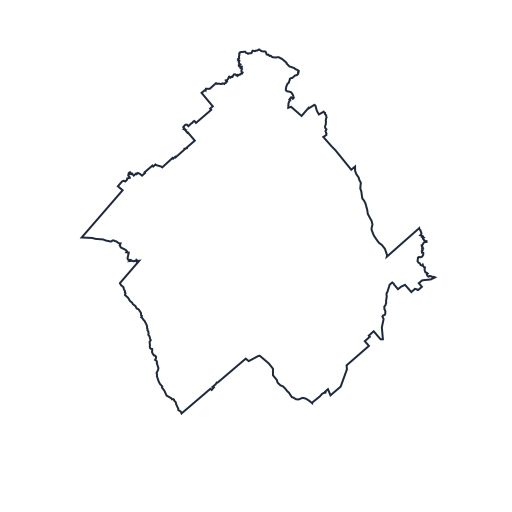 Ararat, Victoria, Australia, rotated 311°
{"feature_id": "25037944B36221284354416", "entity_name": "Ararat", "entity_type": "district", "adm_level": 2, "iso_a3": "AUS", "parent_name": "Australia", "parent_adm1": "Victoria", "projection": "robinson", "projection_center": [143.025, -37.489], "detail": "fine", "context": "isolated", "style": "outline", "palette": "slate", "viewbox_px": 512, "rotation_deg": 311, "n_neighbors": 0, "source": "geoboundaries", "source_scale": "gbopen_adm2", "svg_char_len": 6149}
<svg xmlns="http://www.w3.org/2000/svg" viewBox="0 0 512 512"><g transform="rotate(311 256 256)"><path d="M360.1,112.4L351.8,111.4L349.4,108.5L348.0,109.3L348.1,108.7L343.4,107.9L340.6,125.2L337.1,124.7L336.9,126.3L317.1,123.4L317.5,120.9L316.1,120.4L314.7,120.6L313.7,120.2L309.6,119.8L309.9,117.8L308.8,116.6L305.6,116.5L305.3,118.3L304.3,118.2L304.8,119.9L304.6,119.8L304.0,123.5L304.5,123.6L302.9,134.1L292.4,132.6L292.0,133.1L290.5,132.0L290.5,132.3L277.7,130.6L277.9,130.0L275.1,129.6L275.3,128.7L261.4,127.1L261.3,125.7L259.0,120.8L259.1,120.1L256.1,119.7L256.3,118.5L246.0,117.0L245.8,117.8L241.9,117.3L241.8,114.6L241.2,112.4L239.5,112.2L239.6,111.4L236.5,111.0L236.9,108.4L236.2,108.3L236.6,106.0L235.8,105.7L235.2,105.6L234.7,106.7L234.1,106.1L232.9,106.8L232.5,109.1L232.2,109.5L230.0,107.9L228.6,108.7L226.4,108.4L226.2,107.0L224.5,106.0L218.0,106.0L218.1,112.2L155.6,112.3L162.1,120.5L163.8,123.9L168.1,129.6L169.2,132.6L171.5,136.7L172.2,137.3L173.6,137.5L174.4,138.4L174.7,139.7L175.5,141.3L175.4,142.4L175.8,144.6L176.6,145.5L174.5,146.3L174.4,147.1L173.7,148.3L174.8,152.3L175.1,154.7L174.8,155.5L173.7,155.7L175.1,157.7L169.9,160.6L169.3,162.2L170.9,164.1L170.7,164.5L169.7,164.3L171.1,165.6L171.9,167.4L174.1,168.3L173.5,169.0L173.4,170.0L173.8,170.1L174.6,169.2L174.6,169.9L175.8,171.0L146.2,171.1L145.4,173.4L145.5,176.5L144.4,177.8L143.3,180.5L142.3,181.1L142.2,182.0L140.6,182.7L140.5,187.1L139.4,190.3L139.5,193.0L138.9,194.6L139.1,197.8L138.1,200.4L138.7,202.2L138.2,204.3L137.6,206.4L135.9,208.2L135.9,209.2L134.5,209.6L134.7,210.3L133.9,213.4L134.0,214.2L132.6,217.8L131.6,219.8L130.1,221.1L129.7,222.2L128.7,222.8L128.3,224.4L127.0,225.8L125.9,226.4L125.5,228.3L123.8,230.8L123.4,231.8L121.4,232.0L119.1,234.5L118.3,234.9L117.0,236.5L117.0,237.5L117.7,238.5L117.1,239.3L115.3,240.5L114.3,242.6L114.3,243.9L114.0,244.3L114.6,245.3L114.4,246.7L113.3,247.5L111.4,248.0L111.6,249.4L111.4,250.2L110.8,251.1L110.0,251.5L107.4,255.9L105.8,256.8L102.3,257.8L101.7,259.0L100.3,260.0L97.3,265.2L96.5,267.2L96.0,270.9L95.0,271.4L94.3,275.0L92.0,280.1L93.1,285.6L92.7,286.5L93.7,287.6L93.8,288.3L93.2,289.1L93.0,291.3L91.6,293.3L89.7,297.6L88.8,298.4L89.2,301.4L88.3,303.1L125.8,308.7L125.8,310.4L129.1,310.4L128.7,309.1L132.6,309.7L134.8,309.4L135.3,310.1L171.8,315.6L171.9,319.5L181.7,323.2L183.2,324.3L183.3,336.0L182.1,342.7L177.1,347.1L176.1,353.0L174.6,355.4L174.4,359.3L175.3,361.8L175.1,364.9L174.5,368.1L174.4,370.7L173.0,375.5L173.7,377.3L174.1,380.1L175.6,382.2L179.5,384.2L181.0,387.0L181.6,390.6L181.8,395.0L182.4,394.6L191.9,396.3L195.2,396.3L197.0,396.9L198.4,398.1L198.9,397.8L199.0,397.2L202.7,397.7L199.7,403.6L212.9,405.6L230.1,399.0L232.9,396.1L262.2,400.2L263.1,394.0L269.7,394.9L269.9,393.4L276.4,394.2L274.9,404.3L275.0,404.9L276.4,406.4L284.7,397.8L292.1,393.7L293.3,391.1L294.4,390.9L296.1,391.8L297.5,391.3L299.4,389.6L300.1,387.8L302.1,386.0L303.7,386.0L306.0,385.0L307.6,383.5L311.6,381.0L312.3,379.9L314.0,378.8L315.0,378.8L322.0,375.7L325.4,376.2L325.4,378.1L325.0,379.2L324.1,384.9L328.2,385.7L332.0,387.4L330.7,396.9L335.5,397.5L336.4,399.3L336.3,400.1L336.7,400.7L341.6,401.4L342.3,396.7L346.7,397.4L353.0,403.3L357.3,405.1L356.9,403.9L356.1,404.0L355.5,403.2L355.9,402.4L355.4,401.1L355.0,400.3L353.7,399.9L353.5,398.6L354.2,397.0L355.4,397.1L355.4,396.0L354.8,394.6L355.8,392.8L356.6,391.9L358.2,391.0L357.8,390.3L357.9,389.2L358.8,387.6L358.1,387.7L357.4,387.1L357.3,385.9L357.9,384.4L357.6,382.9L358.1,381.3L361.1,379.3L362.3,379.7L362.6,380.7L364.4,381.8L366.5,381.5L368.1,380.2L367.4,379.2L368.4,377.9L369.3,378.1L369.5,377.6L370.2,377.6L370.4,376.7L371.5,376.9L371.7,375.4L372.2,375.3L372.2,374.6L372.8,374.0L373.2,374.4L375.7,373.9L376.9,374.0L378.6,375.5L379.1,374.9L378.4,374.1L378.2,372.5L378.5,371.6L378.4,371.0L378.6,370.7L379.7,370.6L379.3,370.1L379.2,368.7L379.5,368.7L380.2,369.4L380.4,369.1L380.0,367.2L379.5,366.4L380.8,366.4L381.7,366.0L383.4,362.9L383.5,361.4L384.0,360.9L341.2,355.2L342.6,354.4L346.0,348.6L346.9,343.8L346.6,340.0L347.7,335.3L348.8,331.4L351.5,326.2L352.9,324.9L356.1,323.3L358.2,320.4L361.1,312.8L363.9,309.5L367.5,304.1L368.6,301.4L369.2,298.4L373.6,293.4L375.4,290.4L380.1,287.0L381.1,284.2L382.6,281.9L383.6,278.0L385.2,275.0L388.5,272.1L383.6,271.3L388.0,246.1L388.3,241.5L390.0,228.7L393.5,229.7L394.3,228.8L394.7,228.8L395.8,226.5L397.8,226.1L398.1,224.1L399.2,223.0L401.1,222.3L403.5,220.5L403.7,220.0L405.9,218.6L406.8,218.4L408.3,216.4L408.4,215.0L409.3,214.2L409.0,213.2L409.3,212.4L404.1,210.6L405.5,206.7L408.5,202.1L408.4,200.9L402.1,199.0L402.3,198.5L391.6,198.5L391.6,184.6L389.0,183.1L392.5,180.4L394.2,179.7L396.0,179.6L396.0,178.5L398.8,178.4L398.8,180.7L400.2,180.7L400.2,180.3L401.7,178.5L402.5,175.7L402.5,174.5L400.7,171.3L400.6,170.2L401.0,169.4L403.5,167.8L406.8,166.7L408.0,167.1L411.1,165.9L411.9,165.3L412.8,165.5L414.3,166.6L417.9,167.1L419.6,168.3L421.2,168.3L422.8,167.4L422.3,167.2L423.6,166.3L423.7,165.5L422.9,163.3L422.9,161.5L421.0,156.8L421.3,153.1L421.7,152.7L421.6,152.0L421.9,151.4L421.8,145.8L421.4,145.3L421.1,143.2L420.5,142.2L418.8,140.7L416.8,138.0L416.7,136.9L416.9,136.4L416.6,135.5L415.9,135.0L416.1,133.4L415.7,133.3L415.1,131.8L416.5,129.3L416.2,128.4L415.2,127.4L414.2,125.7L413.9,122.8L411.8,122.1L410.8,121.1L410.0,120.9L408.7,118.7L406.3,119.4L404.9,118.4L403.8,117.2L403.4,117.2L403.3,116.4L402.8,115.3L403.1,113.8L399.9,110.7L398.8,110.2L398.4,110.6L397.4,110.7L396.9,111.6L395.4,112.2L394.3,113.5L393.1,113.2L392.8,114.1L392.0,113.9L391.7,114.8L392.2,115.5L390.6,116.3L390.2,117.6L390.3,118.3L388.7,117.8L388.1,118.8L388.2,119.7L389.1,120.1L389.6,121.1L388.8,121.5L387.8,121.4L388.0,122.7L386.2,123.4L385.4,124.4L385.7,125.5L384.5,125.8L382.9,124.8L382.3,124.9L381.9,124.4L380.8,124.2L380.7,123.8L379.9,123.8L380.2,122.9L379.4,122.6L379.6,121.5L378.6,120.2L376.8,120.5L376.3,120.2L375.6,120.7L374.8,119.8L373.9,119.8L373.9,118.5L373.4,118.6L373.3,118.1L371.0,118.8L369.8,118.8L369.0,118.2L368.9,118.7L368.5,118.6L368.6,119.6L367.0,119.7L365.7,119.0L365.1,119.2L364.3,117.5L363.9,117.6L362.9,116.8L361.7,114.9L360.3,113.6L360.5,113.0L360.1,112.4Z" fill="none" stroke="#1e293b" stroke-width="2"/></g></svg>